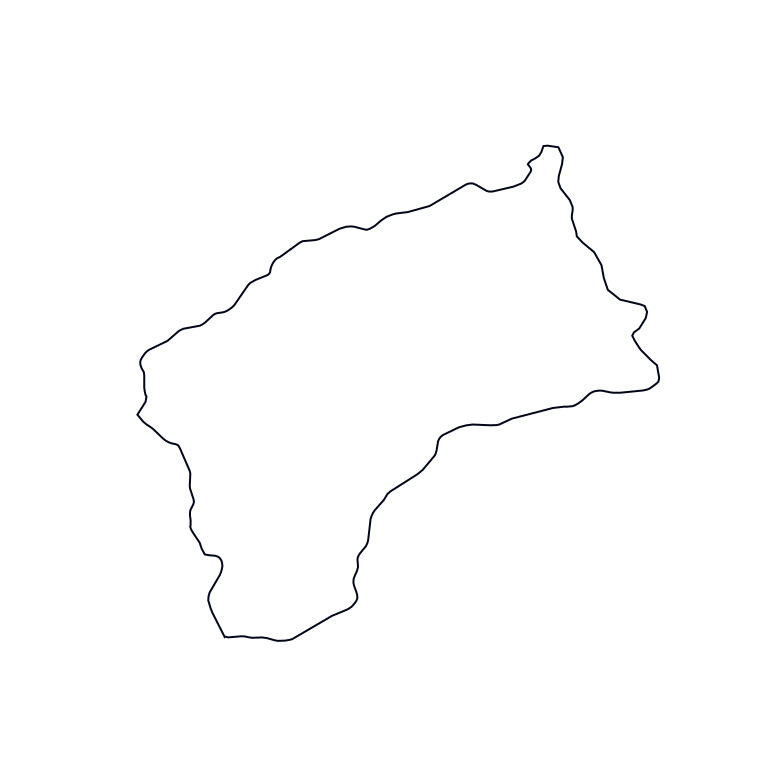 map outline of Salto (Robinson projection), rotated 137°
{"feature_id": "URY-10", "entity_name": "Salto", "entity_type": "Department", "adm_level": 1, "iso_a3": "URY", "parent_name": "Uruguay", "parent_adm1": "", "projection": "robinson", "projection_center": [-57.006, -31.312], "detail": "fine", "context": "isolated", "style": "outline", "palette": "ink", "viewbox_px": 768, "rotation_deg": 137, "n_neighbors": 0, "source": "natural_earth", "source_scale": "10m", "svg_char_len": 3272}
<svg xmlns="http://www.w3.org/2000/svg" viewBox="0 0 768 768"><g transform="rotate(137 384 384)"><path d="M166.0,251.3L169.5,250.0L171.0,245.0L172.5,237.0L172.9,233.5L172.5,219.7L171.6,211.5L178.3,201.2L179.7,200.0L181.7,198.6L184.5,198.5L192.2,199.4L195.2,200.4L199.1,202.7L217.3,216.6L222.0,221.0L224.1,223.4L228.8,230.0L230.1,231.5L232.0,233.1L235.3,235.3L238.0,236.2L240.4,236.7L250.3,236.7L256.1,237.5L259.1,238.3L261.4,239.3L266.0,242.9L267.7,244.6L276.9,251.3L314.0,271.4L327.4,275.8L329.6,277.1L333.7,280.7L333.9,280.8L346.8,293.9L352.1,297.7L358.9,301.3L375.7,306.5L378.5,306.7L380.4,306.4L382.0,305.9L383.5,305.2L391.1,299.4L393.8,297.8L395.6,297.1L414.1,294.8L420.8,295.2L452.6,301.1L456.6,301.2L463.2,299.3L476.7,298.0L480.1,297.2L483.2,295.9L485.8,294.5L502.2,280.5L504.8,278.9L508.0,277.7L517.4,276.5L520.7,275.4L522.1,274.6L523.3,273.5L527.3,268.4L528.5,267.4L531.3,265.7L537.6,263.0L538.9,262.3L541.3,260.2L542.3,258.9L543.9,255.9L546.0,250.9L547.6,247.9L548.6,246.6L549.7,245.4L551.7,244.4L554.5,243.7L559.5,243.2L562.3,243.6L564.6,244.1L580.1,249.9L624.6,259.9L626.4,260.6L631.0,263.5L636.8,268.5L638.7,271.1L642.9,278.0L646.1,281.9L653.3,288.1L655.3,290.5L658.1,294.5L660.4,296.8L670.8,305.0L671.0,305.3L672.6,307.9L673.0,307.8L665.5,333.8L663.6,338.6L660.1,345.6L657.2,348.3L653.6,350.5L634.2,356.3L630.5,358.1L626.5,360.9L624.5,363.5L623.3,365.8L623.0,367.7L622.9,369.7L623.6,371.7L624.6,373.5L628.9,378.3L631.3,381.6L629.7,387.8L627.1,393.5L625.0,406.1L624.2,409.4L623.1,411.7L621.8,412.6L618.4,416.2L615.6,420.1L613.8,422.1L612.1,423.5L610.6,424.2L605.4,426.1L603.4,427.4L601.9,429.6L597.2,439.7L595.9,441.6L586.8,450.5L585.4,452.8L577.1,476.1L576.3,479.5L576.9,481.0L577.6,482.4L579.5,485.0L581.1,487.9L582.2,491.2L582.8,494.9L583.6,509.0L584.3,512.6L585.2,516.0L585.8,520.6L585.3,529.7L570.5,533.6L566.3,536.8L565.8,538.7L564.2,541.5L561.8,544.9L553.2,554.1L551.5,556.6L550.7,560.3L550.1,561.9L548.7,564.7L547.4,566.2L545.8,567.4L542.2,568.6L537.6,569.5L534.5,569.5L532.7,569.3L512.9,563.2L498.5,562.7L496.6,562.4L493.0,561.2L478.9,552.2L476.6,551.5L473.5,551.0L461.9,550.9L459.9,550.6L458.2,549.9L452.8,546.2L450.8,545.2L448.1,544.4L443.4,543.7L440.0,543.7L415.9,549.0L412.7,549.1L406.9,547.7L394.6,543.0L392.5,543.0L390.8,543.6L389.6,544.7L387.8,545.9L385.7,547.1L381.8,548.5L379.1,548.9L376.7,548.9L373.1,547.8L349.5,544.9L346.2,544.0L335.9,536.0L332.8,534.3L310.7,527.9L304.4,524.8L300.6,521.7L298.5,519.3L292.4,509.7L291.1,508.3L288.2,507.1L283.0,505.9L275.1,505.6L268.3,504.6L261.7,502.0L258.7,500.3L249.3,493.5L229.3,483.1L188.1,474.0L186.1,473.2L184.7,472.3L183.4,471.3L182.3,470.1L181.6,468.6L180.9,467.1L177.3,455.4L176.5,454.0L175.6,452.7L173.1,450.6L154.6,440.0L147.2,437.1L144.3,436.6L142.1,436.7L131.8,439.3L130.5,440.1L129.6,441.4L129.3,443.1L129.0,446.3L129.0,446.5L128.6,446.7L127.2,447.0L124.1,447.1L119.2,445.8L114.8,445.2L110.6,446.4L106.0,448.8L105.1,449.3L101.8,446.7L95.0,438.2L98.5,427.9L103.8,423.4L114.3,416.9L118.7,413.0L121.4,406.8L122.7,391.7L125.3,384.9L127.2,382.7L131.8,379.0L133.8,376.9L139.6,364.3L142.3,360.5L142.3,351.9L140.4,337.2L143.9,322.6L151.0,311.5L156.1,300.2L153.8,284.7L142.0,267.0L140.2,263.2L142.4,257.3L147.6,253.7L159.5,250.5L166.0,251.3Z" fill="none" stroke="#020617" stroke-width="2"/></g></svg>